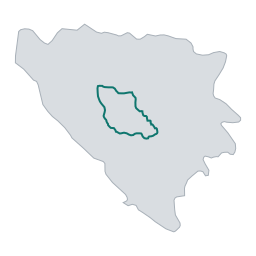 Bosnia and Herzegovina, with Central Bosnia highlighted
{"feature_id": "BIH-2226", "entity_name": "Central Bosnia", "entity_type": "Canton", "adm_level": 1, "iso_a3": "BIH", "parent_name": "Bosnia and Herzegovina", "parent_adm1": "", "projection": "equal_earth", "projection_center": [17.688, 44.116], "detail": "fine", "context": "in_parent", "style": "outline", "palette": "teal", "viewbox_px": 256, "rotation_deg": 0, "n_neighbors": 0, "source": "natural_earth", "source_scale": "10m", "svg_char_len": 3180}
<svg xmlns="http://www.w3.org/2000/svg" viewBox="0 0 256 256"><path d="M226.2,54.1L226.7,55.8L225.5,61.7L223.1,68.0L219.1,74.6L214.9,80.9L213.9,84.2L213.6,89.5L213.1,93.6L213.7,95.9L215.1,98.0L219.8,99.6L226.1,103.8L231.5,109.3L238.4,115.4L240.6,117.7L240.6,120.2L238.7,122.0L232.8,122.7L226.7,122.2L224.3,121.6L222.1,122.3L220.8,123.7L221.5,125.4L227.9,132.9L235.3,143.7L235.7,148.4L234.9,152.0L233.2,154.6L230.1,154.2L227.8,152.2L224.3,152.3L221.6,152.9L218.1,156.8L216.3,156.6L213.3,157.2L211.3,158.0L208.3,156.8L205.1,156.1L203.7,157.3L203.1,159.6L205.1,163.8L208.9,170.3L208.3,175.3L205.5,175.8L202.9,171.7L200.6,171.0L197.9,171.1L192.0,176.0L187.6,180.0L186.5,182.9L185.0,186.0L184.5,188.2L184.6,195.7L176.7,196.9L175.0,198.0L174.0,200.2L174.7,209.8L175.4,215.0L180.0,223.0L180.2,225.5L179.5,227.2L176.3,230.3L174.8,231.5L173.7,231.8L168.4,229.8L165.9,228.8L155.2,221.7L150.4,217.8L143.0,212.7L138.4,209.8L136.1,205.4L132.4,204.3L128.1,205.7L123.2,202.6L126.7,200.9L127.5,199.3L127.1,197.3L125.6,194.5L112.5,182.5L106.0,174.3L105.0,171.3L104.9,163.5L103.4,161.6L93.8,158.1L83.1,147.9L72.0,138.0L70.5,135.2L64.8,127.7L57.9,120.9L52.4,116.5L47.9,111.5L42.9,104.6L40.4,94.2L38.2,84.9L36.6,81.4L33.5,80.1L23.7,69.1L15.4,62.8L15.5,55.9L17.0,44.5L18.7,31.5L20.7,29.7L24.6,28.8L28.9,29.1L32.7,30.7L40.1,39.6L44.4,43.0L48.0,44.4L52.2,40.6L57.4,32.8L62.0,28.7L77.1,30.2L84.6,24.2L96.6,32.1L101.5,33.3L104.3,32.2L108.1,32.7L116.6,35.0L118.5,35.9L121.1,35.8L127.3,32.7L129.5,33.1L136.6,39.1L140.2,39.2L144.5,36.6L147.3,34.3L155.5,36.0L160.2,35.0L164.1,34.9L168.3,35.9L172.2,37.3L176.0,38.6L186.1,39.2L191.0,43.0L193.0,46.8L193.0,49.0L193.5,51.5L196.3,53.9L202.5,55.2L206.3,54.9L208.4,54.8L213.6,52.6L219.7,51.5L224.1,52.8L226.2,54.1Z" fill="#d9dde1" stroke="#a8b0b8" stroke-width="1"/><path d="M103.6,115.9L104.1,114.0L104.6,112.3L105.0,110.1L104.4,107.2L101.3,103.5L99.9,101.4L98.9,98.9L98.0,96.3L97.7,92.9L97.5,88.3L97.9,86.1L99.4,85.8L102.4,85.9L103.1,86.6L104.7,87.1L108.1,87.3L110.8,87.3L112.9,87.4L114.8,88.6L116.3,91.0L117.4,92.0L118.4,93.2L120.5,93.3L124.2,93.3L129.3,92.4L131.8,92.5L132.0,92.4L132.5,93.6L133.1,95.3L134.2,96.4L135.5,97.8L135.7,99.2L135.4,102.4L135.5,106.4L136.2,108.2L138.2,110.0L139.7,111.3L141.4,111.1L142.4,111.3L142.4,112.4L142.9,114.1L143.3,115.3L144.4,116.0L145.4,116.0L146.0,116.0L146.8,116.7L147.0,118.4L147.5,120.7L148.4,120.7L150.1,120.6L150.6,121.0L150.7,122.2L150.6,122.9L151.2,123.7L151.2,124.5L152.0,124.5L152.4,124.5L152.9,125.0L154.4,127.2L154.9,128.3L155.6,128.3L156.3,128.2L156.8,128.7L157.3,131.1L157.4,132.4L157.1,133.2L156.3,133.9L155.0,134.4L153.2,135.7L151.3,136.3L149.1,136.5L148.4,137.3L148.1,138.2L148.1,138.3L146.4,138.6L144.6,138.2L144.4,138.2L142.7,136.5L142.4,135.8L141.8,134.3L141.6,134.0L141.2,133.5L139.5,133.3L136.6,133.3L134.8,133.8L133.7,134.6L133.3,135.0L131.0,135.3L129.0,134.6L126.7,133.3L124.0,132.7L122.5,133.0L121.3,133.3L119.8,133.5L118.1,132.6L116.9,131.9L115.9,131.7L115.6,130.5L113.9,128.1L112.3,128.0L110.8,127.9L109.8,127.0L108.8,125.9L108.2,125.3L107.9,123.7L107.3,123.1L107.2,122.8L106.5,121.5L106.4,120.5L106.0,119.7L104.9,118.6L103.9,116.9L103.6,115.9Z" fill="none" stroke="#0f766e" stroke-width="2"/></svg>